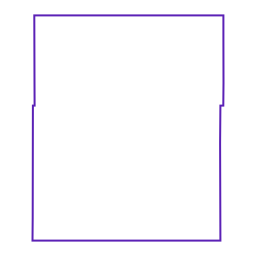 outline of Osage, Kansas, United States of America
{"feature_id": "52423323B63227150255975", "entity_name": "Osage", "entity_type": "district", "adm_level": 2, "iso_a3": "USA", "parent_name": "United States of America", "parent_adm1": "Kansas", "projection": "robinson", "projection_center": [-95.723, 38.652], "detail": "fine", "context": "isolated", "style": "outline", "palette": "violet", "viewbox_px": 256, "rotation_deg": 0, "n_neighbors": 0, "source": "geoboundaries", "source_scale": "gbopen_adm2", "svg_char_len": 294}
<svg xmlns="http://www.w3.org/2000/svg" viewBox="0 0 256 256"><path d="M32.5,240.6L220.4,240.6L220.1,142.9L220.4,105.6L223.3,105.6L223.5,83.1L223.4,38.1L223.4,15.4L146.2,15.4L34.3,15.4L34.5,83.0L34.6,105.6L32.9,105.6L32.7,218.0L32.5,240.6Z" fill="none" stroke="#5b21b6" stroke-width="2"/></svg>